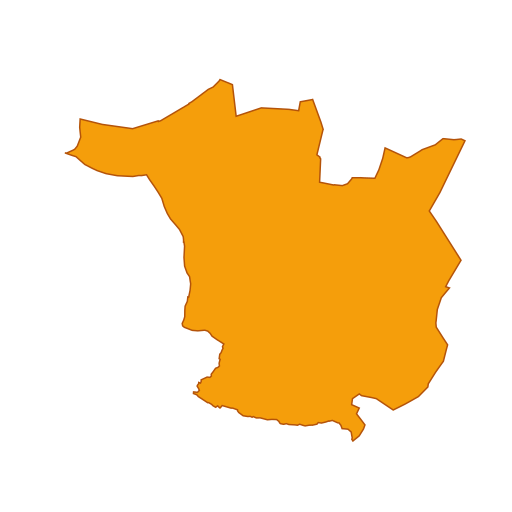 outline of Doedain, River Cess, Liberia, rotated 278°
{"feature_id": "62588387B34334652858528", "entity_name": "Doedain", "entity_type": "district", "adm_level": 2, "iso_a3": "LBR", "parent_name": "Liberia", "parent_adm1": "River Cess", "projection": "orthographic", "projection_center": [-9.275, 6.287], "detail": "fine", "context": "isolated", "style": "filled", "palette": "amber", "viewbox_px": 512, "rotation_deg": 278, "n_neighbors": 0, "source": "geoboundaries", "source_scale": "gbopen_adm2", "svg_char_len": 3622}
<svg xmlns="http://www.w3.org/2000/svg" viewBox="0 0 512 512"><g transform="rotate(278 256 256)"><path d="M280.3,459.6L299.5,443.3L315.3,429.9L324.7,421.3L325.1,421.5L344.5,429.3L357.0,433.3L399.2,446.9L400.3,443.3L400.4,442.9L399.2,438.1L398.7,435.8L398.3,425.6L398.1,424.7L396.5,423.2L391.0,418.0L384.4,405.7L382.8,403.9L377.2,397.1L375.7,395.3L375.5,394.9L374.8,393.6L374.2,391.7L374.4,390.9L379.4,374.2L381.0,368.8L370.3,367.9L358.5,365.7L349.5,362.9L348.3,351.5L348.1,348.8L347.9,347.5L346.9,340.4L346.4,340.4L345.0,339.6L340.3,336.6L337.7,331.7L337.4,323.5L337.1,323.1L337.7,313.0L337.9,308.7L361.2,306.5L362.1,305.6L362.8,305.6L364.7,302.2L365.6,302.3L373.7,303.1L389.8,304.7L390.8,304.9L391.1,304.7L397.5,301.7L418.9,290.3L418.7,289.9L415.3,279.7L414.9,278.4L405.8,278.0L405.8,276.8L405.8,268.3L404.7,255.4L403.4,240.6L393.7,221.1L391.6,216.9L422.4,208.8L425.7,195.8L424.1,195.1L417.3,190.0L414.4,185.6L409.7,180.9L399.8,171.0L397.7,168.3L397.0,168.4L396.4,167.5L376.7,142.8L375.6,140.6L376.2,140.3L364.9,116.1L364.9,108.6L364.9,85.4L365.0,84.5L365.5,79.6L367.2,62.8L358.9,63.5L354.4,64.6L349.3,65.9L339.9,63.7L336.6,61.7L335.6,60.5L331.6,54.2L331.5,52.4L330.1,59.4L329.3,64.0L325.8,69.2L322.8,73.8L320.3,80.9L319.8,82.4L319.2,84.4L319.1,84.8L318.5,86.6L316.7,96.0L316.2,107.4L317.2,118.7L317.5,121.9L317.6,123.0L319.4,128.7L319.7,131.4L321.2,136.3L316.8,140.0L310.8,145.6L305.1,150.6L300.0,154.7L298.7,155.3L292.2,158.3L285.7,162.3L280.8,166.2L276.9,170.7L271.7,176.5L265.1,181.2L262.0,182.0L259.7,182.3L259.8,182.7L255.8,183.9L244.5,184.9L236.1,186.7L235.7,186.9L229.6,190.1L226.3,193.1L221.9,194.4L219.3,195.2L212.8,195.5L206.7,195.1L205.9,195.0L206.0,194.2L202.0,194.3L201.5,194.3L196.8,192.9L196.4,192.8L192.2,193.1L186.0,193.9L182.6,193.4L178.9,192.3L177.7,192.7L176.6,193.1L175.4,195.0L174.7,198.1L173.8,201.8L173.5,203.3L173.8,208.8L175.4,215.6L174.9,218.7L173.0,221.4L170.5,223.6L167.8,228.9L164.4,236.4L161.5,235.4L161.3,235.5L160.0,236.2L158.1,235.5L155.4,234.9L153.7,233.8L149.2,233.8L148.7,234.9L146.8,234.6L144.6,234.4L142.0,235.1L140.4,233.8L139.2,231.6L134.9,229.4L132.7,228.1L130.9,228.5L129.4,227.3L129.3,224.4L129.2,224.3L125.7,218.9L124.2,219.2L122.4,218.7L122.8,216.9L121.6,217.0L119.7,215.9L118.8,215.9L117.4,217.1L116.9,217.5L115.1,218.6L112.8,217.0L112.8,214.3L112.7,213.1L111.1,213.2L110.5,215.9L110.3,216.7L108.7,218.5L108.6,218.8L104.0,228.6L104.2,229.6L102.9,232.7L101.7,234.3L100.7,236.8L100.6,237.1L102.3,238.9L101.1,240.4L100.5,241.4L100.6,241.7L103.2,243.3L101.9,252.3L102.1,254.2L101.1,259.1L100.1,259.3L98.6,260.7L96.0,265.5L95.9,270.3L96.4,272.6L95.8,274.6L96.6,275.6L95.7,278.8L96.3,282.7L95.4,290.1L96.4,294.4L96.6,296.2L96.9,299.2L95.4,301.7L94.1,302.6L93.4,303.5L93.3,304.8L93.2,306.6L93.2,306.8L94.2,309.4L93.7,312.0L94.2,318.1L94.2,320.6L95.5,322.7L94.8,326.4L94.6,328.3L95.9,332.4L96.3,334.9L96.3,335.3L98.0,339.8L99.7,340.8L99.7,344.1L100.6,346.4L101.4,348.4L102.8,351.1L102.6,351.4L103.8,354.5L102.2,360.1L102.2,361.6L101.5,362.2L100.2,363.6L97.0,365.3L97.1,366.8L97.2,368.2L97.3,371.2L94.9,374.8L91.9,375.7L89.4,376.6L87.8,376.4L86.8,377.3L86.3,377.7L92.2,383.2L99.6,386.5L103.9,387.4L109.0,382.3L113.7,377.5L119.8,379.4L122.1,371.4L128.2,371.4L133.8,377.5L132.4,379.9L131.9,390.3L131.5,395.0L122.6,413.3L126.5,419.0L130.1,424.2L133.8,429.1L139.4,436.4L150.2,444.4L153.5,444.4L154.3,444.8L166.1,450.1L170.0,452.1L175.0,454.7L177.8,456.2L189.9,457.5L194.7,458.1L201.2,452.4L210.6,444.4L214.8,443.4L217.0,443.4L228.3,443.0L240.5,445.3L245.7,448.5L251.3,452.0L252.0,448.1L258.5,450.4L278.9,459.0L280.3,459.6Z" fill="#f59e0b" stroke="#b45309" stroke-width="1.5"/></g></svg>